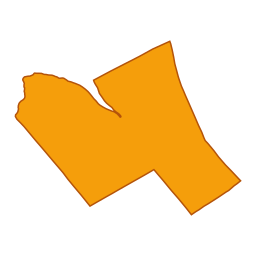 Ungureni, Botosani, Romania (Natural Earth projection)
{"feature_id": "2599482B2994749554598", "entity_name": "Ungureni", "entity_type": "district", "adm_level": 2, "iso_a3": "ROU", "parent_name": "Romania", "parent_adm1": "Botosani", "projection": "natural_earth1", "projection_center": [26.795, 47.826], "detail": "fine", "context": "isolated", "style": "filled", "palette": "amber", "viewbox_px": 256, "rotation_deg": 0, "n_neighbors": 0, "source": "geoboundaries", "source_scale": "gbopen_adm2", "svg_char_len": 1975}
<svg xmlns="http://www.w3.org/2000/svg" viewBox="0 0 256 256"><path d="M204.7,139.5L204.0,138.0L201.8,132.3L198.5,125.4L195.5,118.4L192.3,111.1L189.2,104.0L185.3,95.2L183.6,91.1L181.4,86.1L179.0,79.1L178.1,76.2L176.9,71.6L174.8,63.8L173.6,56.8L173.3,55.4L172.2,50.0L170.7,43.8L169.8,41.3L153.0,48.9L139.0,56.6L111.4,70.7L93.6,80.2L94.1,81.8L95.1,83.8L96.5,86.1L97.6,87.8L98.7,91.2L99.4,93.4L102.5,97.8L104.4,100.7L106.6,103.2L109.6,105.7L112.0,107.5L112.8,108.7L114.0,110.2L116.0,111.9L117.8,113.1L119.1,114.1L120.4,115.6L120.9,116.3L120.6,117.1L120.1,117.1L119.6,116.4L117.1,113.7L114.0,111.7L111.8,111.1L106.2,108.8L102.9,107.0L100.0,105.2L98.4,103.9L95.9,100.8L93.8,98.7L91.4,95.6L89.6,93.4L87.9,91.5L85.2,89.1L82.4,87.0L79.8,85.3L75.2,83.4L72.8,82.6L71.7,82.1L69.9,81.6L68.1,81.2L66.4,79.9L63.9,78.3L62.8,78.0L61.0,78.1L59.7,78.3L58.5,78.0L57.5,77.2L56.2,76.7L55.0,76.4L53.9,75.8L52.0,75.2L48.6,75.0L47.5,74.8L46.2,74.5L44.1,74.4L41.5,73.4L39.2,73.3L36.8,73.3L35.6,73.2L34.6,73.1L34.1,73.4L33.6,74.1L33.1,74.7L31.7,75.4L29.9,76.1L28.1,76.2L26.4,76.5L24.5,76.9L23.9,77.5L23.4,78.0L22.8,79.2L22.9,80.3L23.2,80.9L23.6,81.6L24.0,82.6L24.3,83.5L24.0,84.9L24.0,87.0L24.6,87.7L24.5,89.8L24.2,91.2L24.7,93.1L24.7,94.3L25.0,96.1L24.8,97.4L24.4,98.5L22.8,100.0L20.9,101.2L19.5,102.7L18.9,103.8L18.3,105.8L18.2,107.8L18.5,108.8L17.9,111.6L17.5,112.4L16.7,113.6L15.6,114.8L15.4,116.5L17.0,119.3L19.8,122.1L23.8,126.3L35.8,140.7L42.7,148.7L53.5,161.5L62.9,172.5L67.9,179.2L73.9,186.5L81.4,195.4L87.5,203.0L90.0,206.1L96.4,202.4L106.4,196.7L112.5,193.3L114.7,192.0L118.7,189.7L123.6,186.9L132.6,181.8L142.0,176.5L148.3,172.9L153.9,169.6L158.1,174.6L162.9,180.2L171.2,190.3L178.5,198.7L186.4,208.3L191.4,214.7L195.9,211.6L199.1,209.7L204.0,206.2L208.6,203.5L218.1,197.4L220.2,196.0L226.1,192.0L228.7,190.5L234.2,185.7L237.3,183.5L240.6,180.8L231.0,170.6L225.5,165.0L218.5,156.9L213.9,150.7L207.9,143.5L205.1,140.5L204.7,139.5Z" fill="#f59e0b" stroke="#b45309" stroke-width="1.5"/></svg>